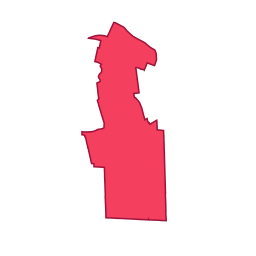 the district of Jegalia, Calarasi, Romania, rotated 204°
{"feature_id": "2599482B22085974272415", "entity_name": "Jegalia", "entity_type": "district", "adm_level": 2, "iso_a3": "ROU", "parent_name": "Romania", "parent_adm1": "Calarasi", "projection": "robinson", "projection_center": [27.655, 44.292], "detail": "fine", "context": "isolated", "style": "filled", "palette": "rose", "viewbox_px": 256, "rotation_deg": 204, "n_neighbors": 0, "source": "geoboundaries", "source_scale": "gbopen_adm2", "svg_char_len": 5160}
<svg xmlns="http://www.w3.org/2000/svg" viewBox="0 0 256 256"><g transform="rotate(204 128 128)"><path d="M183.9,218.7L184.0,211.1L184.0,209.4L184.0,205.9L184.1,204.3L184.1,203.0L184.3,203.0L186.4,202.8L187.2,202.6L188.9,202.2L190.5,201.6L191.4,201.3L192.5,200.7L193.5,200.2L194.5,199.5L195.2,199.0L196.0,198.4L198.0,196.7L198.9,195.8L199.9,194.9L200.4,194.5L200.4,194.3L200.6,194.1L200.6,193.9L200.2,194.1L198.6,194.5L196.7,195.1L195.1,195.6L194.1,195.9L193.4,196.0L192.3,196.2L191.0,196.4L190.0,196.6L189.1,196.7L188.4,196.8L188.0,194.9L187.7,193.8L187.3,191.4L186.9,189.9L186.8,189.5L188.3,189.2L187.7,186.5L185.8,177.5L185.3,175.2L183.3,175.6L182.2,175.7L181.9,175.7L179.5,175.6L178.3,175.5L178.2,175.3L178.1,175.1L178.4,174.7L178.6,174.1L178.6,173.6L178.3,172.9L177.2,172.2L176.5,171.7L175.9,171.0L175.5,169.9L175.2,169.0L175.0,168.1L175.7,166.3L176.0,165.3L176.0,163.1L175.4,162.2L174.9,161.8L173.5,160.9L172.5,159.8L172.4,159.3L173.4,157.9L174.7,156.4L173.8,154.9L173.0,153.5L172.6,152.8L172.2,152.2L171.1,150.3L170.7,149.7L170.6,149.4L170.2,148.7L169.1,146.8L168.0,145.0L167.6,144.4L167.2,143.7L167.2,143.8L167.0,143.4L166.7,143.0L166.6,142.9L166.5,142.7L167.0,141.6L167.2,141.0L167.2,140.7L166.4,139.9L166.2,139.7L165.9,139.2L165.2,138.5L165.1,138.3L164.9,138.1L163.6,136.4L162.9,135.6L162.5,135.3L161.3,133.8L160.3,132.6L159.7,131.9L158.8,130.9L158.1,130.0L157.4,129.2L156.8,128.5L156.2,127.9L155.9,127.7L155.7,127.6L155.6,127.3L155.4,127.1L155.4,126.8L155.2,126.6L154.0,125.4L152.1,123.2L151.9,122.9L151.7,122.6L151.2,121.4L150.2,118.8L150.1,118.3L150.2,118.1L150.6,117.8L151.0,117.1L151.4,116.9L152.0,116.3L153.3,115.5L154.3,114.9L154.8,114.6L155.3,114.0L155.9,113.3L156.1,112.9L157.3,111.8L157.8,111.2L158.5,110.7L159.1,110.2L160.7,109.3L161.3,108.9L161.5,108.8L163.1,108.1L163.6,107.8L164.4,107.5L165.4,107.0L166.5,106.6L167.5,106.2L168.6,105.9L168.4,105.5L168.0,104.8L167.4,103.1L167.0,103.2L165.1,103.7L164.8,103.8L164.6,103.7L164.4,103.5L164.2,103.2L164.1,102.8L163.9,102.6L163.1,101.9L162.4,101.4L162.2,101.1L161.8,100.7L161.3,100.0L160.8,99.3L160.2,98.4L158.8,96.6L158.3,95.9L157.4,94.8L156.8,93.9L156.4,93.3L156.0,92.9L155.8,92.9L155.0,91.7L154.4,90.9L153.5,89.6L152.7,88.6L151.7,87.3L150.7,85.9L150.1,85.1L149.5,84.3L148.6,83.0L148.0,82.2L147.4,81.5L146.8,80.7L144.9,81.5L144.5,81.0L144.1,80.4L143.9,80.1L143.7,79.7L143.5,79.2L143.4,78.8L141.7,79.4L138.2,80.7L135.8,81.6L134.2,82.2L133.6,82.4L133.4,82.0L133.2,81.7L132.6,80.4L132.1,79.3L131.7,78.6L131.6,78.3L131.5,78.1L131.2,77.6L130.7,76.6L130.3,75.7L129.9,74.7L129.2,73.4L128.8,72.6L128.2,71.3L127.4,69.7L126.6,68.1L126.4,67.7L125.8,66.5L125.2,65.2L124.7,64.1L124.2,63.1L123.6,61.9L123.0,60.6L122.9,60.4L122.6,59.8L122.4,59.4L122.0,58.8L121.8,58.2L121.3,57.1L121.1,56.5L121.0,56.2L120.6,55.3L120.1,54.4L119.6,53.4L119.2,52.5L118.8,51.7L118.1,50.4L117.8,49.6L117.5,49.2L117.2,48.5L116.3,46.7L115.6,45.3L115.3,44.7L114.7,43.5L114.5,42.9L114.0,42.0L113.7,41.5L113.3,40.5L112.8,39.5L112.6,39.1L112.2,38.4L112.0,37.8L111.9,37.8L111.6,37.0L111.0,37.3L109.0,38.0L107.2,38.8L105.4,39.5L104.3,39.9L103.5,40.2L102.6,40.5L101.0,41.1L99.5,41.8L98.1,42.3L96.7,42.9L96.2,43.1L94.8,43.6L94.2,43.8L93.5,44.2L92.8,44.4L92.1,44.6L90.5,45.3L89.6,45.6L88.5,46.1L87.3,46.5L85.0,47.4L82.8,48.2L82.5,48.3L81.7,48.6L80.4,49.1L77.3,50.3L76.6,50.6L74.9,51.3L74.2,51.5L72.4,52.2L71.4,52.6L71.6,52.9L71.4,52.8L71.3,52.7L70.7,52.9L69.3,53.5L67.7,54.1L65.0,55.2L64.6,55.4L63.9,55.6L62.8,56.1L62.4,56.2L61.6,56.5L60.2,57.0L58.6,57.6L56.9,58.3L55.4,58.8L56.4,60.9L58.5,65.0L59.5,67.0L59.4,67.1L61.0,70.5L62.6,73.9L65.1,79.0L67.6,84.1L67.4,84.1L74.6,99.0L81.7,113.8L83.6,117.8L85.5,121.7L86.9,124.5L88.2,127.4L89.3,129.6L90.4,131.8L91.3,133.8L92.2,135.7L93.4,137.9L94.5,140.2L97.6,139.2L100.6,138.2L100.7,138.4L101.0,139.0L101.6,140.3L102.2,141.6L102.8,142.7L103.5,144.1L103.9,144.9L104.4,146.0L104.7,146.5L104.9,146.8L106.1,145.1L107.3,143.4L108.4,141.9L108.8,141.1L109.4,140.3L110.0,140.6L109.9,140.9L110.1,141.0L111.2,141.6L111.5,141.2L112.1,141.6L112.4,141.9L112.7,142.2L112.9,142.4L113.4,143.0L113.9,143.7L114.4,144.4L114.6,144.1L114.8,143.9L114.9,143.7L115.1,143.5L115.4,143.1L115.9,142.3L118.9,146.0L121.8,149.6L122.8,150.9L123.8,152.1L125.9,154.1L128.0,156.1L128.5,156.3L129.6,156.9L131.1,157.6L132.1,158.1L133.6,158.8L134.5,158.4L135.1,159.4L135.5,159.9L136.1,160.7L136.4,161.3L136.8,161.8L134.5,163.2L132.2,164.6L135.1,169.4L138.0,174.2L139.5,176.6L140.2,177.8L141.0,179.0L143.2,182.7L145.5,186.3L145.4,186.4L145.0,186.5L144.3,186.8L143.9,187.0L143.6,187.1L143.4,187.1L143.2,187.1L142.7,187.1L142.4,187.2L142.0,187.2L141.9,187.2L141.7,187.2L141.4,187.2L141.1,187.1L140.9,187.0L140.7,186.9L140.3,187.0L139.9,187.0L139.3,187.2L138.9,187.3L138.7,187.3L138.4,187.5L138.1,187.6L137.9,187.6L137.6,187.6L137.3,187.6L137.2,187.6L136.7,187.4L136.9,195.3L133.0,195.5L129.1,195.8L129.4,198.9L129.7,202.0L131.2,204.9L132.8,207.8L134.3,209.3L135.3,210.2L137.4,210.4L140.2,210.7L143.0,211.4L145.0,212.0L147.1,212.7L151.1,213.0L156.8,213.4L160.8,213.8L162.7,214.4L164.1,214.8L165.5,215.3L168.4,216.3L171.5,217.9L173.2,218.4L174.8,218.5L182.4,219.0L183.9,218.7Z" fill="#f43f5e" stroke="#9f1239" stroke-width="1.5"/></g></svg>